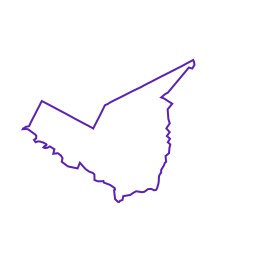 Fairfield, Connecticut, United States of America (Equal Earth projection), rotated 59°
{"feature_id": "52423323B86318670912748", "entity_name": "Fairfield", "entity_type": "district", "adm_level": 2, "iso_a3": "USA", "parent_name": "United States of America", "parent_adm1": "Connecticut", "projection": "equal_earth", "projection_center": [-73.42, 41.326], "detail": "fine", "context": "isolated", "style": "outline", "palette": "violet", "viewbox_px": 256, "rotation_deg": 59, "n_neighbors": 0, "source": "geoboundaries", "source_scale": "gbopen_adm2", "svg_char_len": 1963}
<svg xmlns="http://www.w3.org/2000/svg" viewBox="0 0 256 256"><g transform="rotate(59 128 128)"><path d="M97.9,117.1L97.8,118.4L97.0,127.8L96.9,130.5L97.0,132.8L96.6,136.0L103.2,146.3L106.4,151.5L110.5,158.1L110.0,158.3L107.8,159.6L105.0,161.2L104.0,161.9L95.8,166.8L93.8,168.1L93.7,168.1L83.6,174.0L80.0,176.2L78.5,177.1L67.0,184.0L60.5,188.0L61.6,189.9L62.7,191.5L64.9,195.1L67.3,199.0L68.8,201.3L70.2,203.7L72.2,206.9L73.8,209.4L75.3,211.5L75.4,211.8L75.2,212.8L74.4,215.0L74.6,216.6L74.4,218.1L74.8,218.8L76.1,216.2L77.7,214.3L85.7,210.9L87.4,210.6L89.6,212.1L89.8,214.7L92.6,214.5L93.1,212.0L94.3,210.4L96.2,208.7L96.4,208.4L98.9,206.9L99.7,206.4L100.3,206.4L100.8,207.2L100.6,209.0L101.1,210.5L102.3,209.7L103.1,208.0L103.5,207.0L103.5,204.5L107.8,202.3L108.3,202.0L111.6,205.3L113.4,201.2L117.1,199.6L117.8,199.7L120.2,199.7L120.8,200.3L122.8,202.2L129.9,199.3L130.6,198.6L136.7,192.0L133.0,187.1L138.5,186.1L141.5,185.5L145.3,183.8L145.4,183.7L148.0,181.6L148.5,181.3L150.4,180.7L155.4,183.5L158.3,181.1L160.9,176.5L160.9,176.4L161.0,176.4L162.3,176.8L164.0,175.5L167.5,172.7L171.2,171.0L172.6,170.4L174.1,170.8L174.2,172.0L175.3,172.5L182.3,175.7L186.2,174.6L186.8,173.8L186.4,172.9L186.4,172.2L186.8,169.8L184.0,167.1L186.6,160.4L186.3,157.9L186.4,153.6L190.2,149.1L191.1,146.9L190.7,142.3L192.2,139.4L194.8,137.7L195.5,136.1L194.9,134.5L192.1,131.3L190.2,129.6L185.2,126.2L183.7,123.7L183.4,122.7L181.0,121.1L178.7,116.7L176.8,114.3L176.6,112.7L171.4,110.3L170.7,105.8L166.4,102.7L163.8,100.2L160.7,101.2L158.8,97.5L154.9,98.8L153.0,94.4L148.1,95.3L145.5,89.8L141.2,88.8L132.4,84.4L130.0,77.6L121.1,82.0L118.9,83.8L118.1,79.0L118.2,75.5L107.5,44.7L110.1,42.3L108.3,38.7L105.6,37.4L103.3,37.1L102.9,43.9L102.7,49.6L100.9,74.3L100.1,86.9L100.1,87.1L100.0,87.3L100.0,87.6L100.0,87.8L99.8,91.2L99.7,92.9L99.7,93.3L99.7,94.0L99.7,94.5L99.5,97.2L99.4,98.6L99.3,99.1L98.6,106.5L98.1,114.3L97.9,117.1Z" fill="none" stroke="#5b21b6" stroke-width="2"/></g></svg>